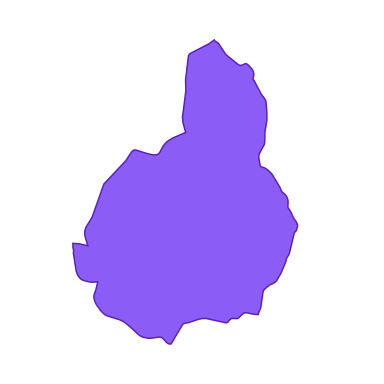 an SVG outline of Sühbaatar, rotated 279°
{"feature_id": "MNG-3333", "entity_name": "Sühbaatar", "entity_type": "Province", "adm_level": 1, "iso_a3": "MNG", "parent_name": "Mongolia", "parent_adm1": "", "projection": "robinson", "projection_center": [113.466, 46.275], "detail": "fine", "context": "isolated", "style": "filled", "palette": "violet", "viewbox_px": 384, "rotation_deg": 279, "n_neighbors": 0, "source": "natural_earth", "source_scale": "10m", "svg_char_len": 2298}
<svg xmlns="http://www.w3.org/2000/svg" viewBox="0 0 384 384"><g transform="rotate(279 192 192)"><path d="M345.7,190.2L344.9,190.7L343.8,193.0L343.3,194.3L342.5,195.3L333.0,204.0L324.9,218.0L324.6,220.0L325.4,222.2L326.7,223.8L327.3,225.5L326.1,227.9L322.6,232.2L321.2,233.3L318.4,234.6L317.4,234.8L316.5,234.8L313.6,234.4L313.0,234.6L311.9,235.8L299.6,245.0L295.3,249.4L293.9,250.4L292.2,251.1L282.7,253.4L274.9,254.7L262.7,254.7L251.9,256.1L250.0,255.9L240.3,252.5L238.3,252.3L236.3,252.6L228.5,255.3L228.0,255.7L227.7,256.3L227.3,259.6L226.7,261.2L225.1,264.3L222.0,268.4L210.0,278.4L207.3,279.9L206.4,280.7L205.9,281.4L204.8,283.3L203.0,285.6L201.0,287.1L198.8,288.1L196.3,288.6L192.8,288.9L191.4,289.4L188.4,292.3L182.5,296.1L178.9,299.5L176.7,301.1L174.9,301.6L170.8,301.2L169.9,300.9L168.2,299.7L167.3,299.4L146.0,297.7L140.9,295.7L138.4,295.7L125.4,292.5L117.6,289.4L116.0,288.3L114.7,286.9L112.4,283.3L107.6,279.1L106.0,278.1L104.1,277.8L88.3,278.0L82.8,276.6L81.2,276.6L81.2,276.2L81.0,272.2L81.0,268.9L81.3,265.4L81.1,263.8L80.6,262.5L79.1,260.8L77.9,259.9L76.4,258.9L75.1,257.9L74.0,256.5L73.5,252.0L72.8,250.3L71.0,248.8L69.4,248.0L68.5,247.1L68.2,246.6L68.2,244.3L69.3,225.4L68.6,221.8L67.4,218.5L62.3,208.7L61.4,205.9L60.8,204.6L59.8,203.5L38.6,195.1L38.3,192.9L38.6,192.0L39.1,190.8L42.8,186.2L43.4,185.1L43.6,183.7L43.5,182.2L43.1,180.7L41.4,175.3L40.9,173.0L40.7,171.5L41.0,165.8L41.9,163.1L43.3,160.6L48.7,152.6L52.8,145.8L54.4,141.0L56.4,127.6L57.1,125.5L58.0,123.8L60.0,120.9L65.8,115.2L67.5,113.9L70.0,112.5L72.5,111.6L73.4,111.4L74.5,111.3L81.7,112.5L88.5,112.9L87.5,108.7L87.1,105.4L87.2,103.2L87.6,99.7L87.8,98.2L88.2,97.1L88.6,96.0L89.2,95.0L90.0,94.0L91.0,93.0L92.2,92.0L95.5,90.1L113.0,84.4L115.9,84.2L116.7,83.9L118.1,83.2L118.5,83.1L122.7,82.4L123.2,88.9L122.6,97.5L132.3,92.9L134.2,92.5L135.9,92.3L137.5,92.3L140.6,92.8L151.6,97.3L186.1,103.7L212.2,121.5L222.2,126.1L223.4,127.0L224.2,127.8L224.7,129.7L222.8,142.7L222.6,148.5L223.0,150.3L223.5,151.7L224.2,152.8L225.1,153.5L226.1,154.0L232.6,156.2L234.3,157.1L236.0,158.1L237.7,159.4L239.4,161.1L242.9,165.4L249.8,176.4L259.5,172.1L264.5,170.9L290.9,170.1L301.7,168.1L326.0,167.2L327.1,167.6L328.0,168.1L328.9,169.0L340.9,185.4L345.7,190.2L345.7,190.2Z" fill="#8b5cf6" stroke="#5b21b6" stroke-width="1.5"/></g></svg>